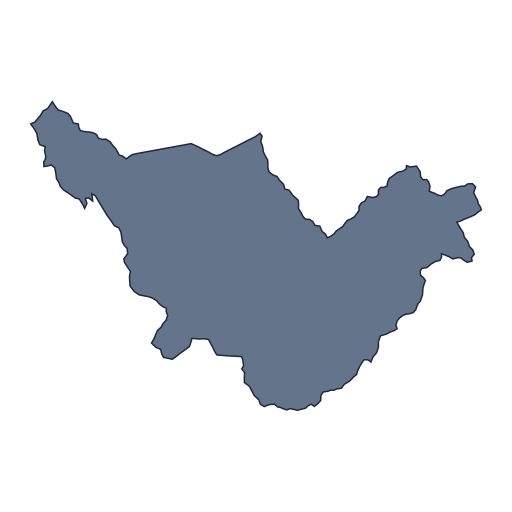 the district of Taubaté, São Paulo, Brazil
{"feature_id": "56859067B10359153481242", "entity_name": "Taubaté", "entity_type": "district", "adm_level": 2, "iso_a3": "BRA", "parent_name": "Brazil", "parent_adm1": "São Paulo", "projection": "mercator", "projection_center": [-45.499, -23.087], "detail": "fine", "context": "isolated", "style": "filled", "palette": "slate", "viewbox_px": 512, "rotation_deg": 0, "n_neighbors": 0, "source": "geoboundaries", "source_scale": "gbopen_adm2", "svg_char_len": 4014}
<svg xmlns="http://www.w3.org/2000/svg" viewBox="0 0 512 512"><path d="M151.5,343.1L155.9,347.3L160.6,349.3L161.7,353.8L163.5,357.4L167.8,358.2L172.2,359.3L177.2,355.7L180.5,353.0L184.3,350.4L189.3,346.7L191.0,341.9L192.0,338.3L198.4,339.0L204.8,338.8L208.5,339.4L210.8,343.9L212.8,347.4L214.5,351.2L216.9,355.0L227.1,355.8L241.5,356.6L242.8,359.9L243.6,365.7L241.8,368.9L244.6,372.6L244.3,377.3L244.4,382.5L249.4,386.3L252.0,391.4L254.3,395.6L258.7,399.6L260.5,404.4L264.3,406.6L267.6,405.2L270.8,404.4L274.5,404.2L277.6,406.9L280.7,407.6L283.9,409.0L287.0,409.9L290.1,408.6L293.8,409.4L297.4,410.3L302.2,409.0L305.6,408.2L308.0,405.9L311.1,404.2L314.4,406.4L318.0,403.5L320.7,400.5L320.9,395.3L323.3,391.9L327.8,391.3L330.7,390.2L333.8,390.2L337.2,388.8L341.4,388.3L344.2,384.4L349.5,381.2L353.8,376.8L356.6,374.5L357.6,371.0L359.7,366.4L361.8,363.0L363.9,359.8L367.7,359.8L371.0,362.0L372.8,357.2L376.6,352.7L378.4,347.3L378.4,341.8L380.4,335.9L386.0,334.2L391.1,331.7L394.0,330.7L397.1,328.7L395.9,325.2L397.2,320.8L399.4,318.2L402.0,316.0L405.4,314.3L408.6,313.9L413.1,312.7L415.7,309.9L416.9,306.2L418.3,303.4L420.4,301.1L422.5,294.8L423.0,287.5L424.1,284.1L425.4,280.5L423.2,277.4L420.6,275.4L420.1,271.2L421.9,268.3L426.9,267.6L430.7,264.3L435.6,261.4L440.0,260.4L441.5,257.1L441.6,253.8L444.9,255.0L449.2,256.7L452.8,259.0L457.4,257.7L460.9,257.9L464.0,260.4L467.2,262.3L472.1,261.0L471.4,257.8L474.2,254.3L473.0,250.2L469.5,246.6L467.7,241.3L464.3,237.2L463.2,232.6L461.0,229.3L458.5,225.0L456.8,222.1L460.0,221.3L464.6,219.1L470.1,216.9L475.0,214.7L477.7,212.3L481.3,209.9L480.3,206.8L478.2,203.6L477.4,199.9L475.6,196.9L473.7,192.5L475.6,186.8L472.3,183.6L467.8,183.9L464.8,186.0L460.5,186.3L456.6,187.3L451.5,188.6L447.0,190.6L444.7,193.9L441.2,196.0L437.1,194.7L434.0,193.0L429.3,191.4L430.0,186.3L428.7,182.1L426.7,179.6L422.8,179.6L420.6,176.6L420.2,171.8L416.5,166.1L410.2,167.0L406.5,165.6L406.3,169.0L402.7,171.2L397.6,172.3L392.4,176.2L389.2,178.4L387.5,182.5L387.1,186.0L383.7,187.4L380.6,187.4L378.4,190.1L378.4,194.1L376.6,196.6L372.6,197.5L367.3,196.5L365.2,200.8L361.2,203.1L359.0,206.4L359.0,210.5L354.5,216.7L351.1,218.9L347.4,220.3L345.1,223.1L343.0,226.3L336.2,231.0L334.4,233.5L331.5,235.8L327.4,237.9L325.4,234.0L322.2,231.5L319.8,226.1L314.9,225.4L312.8,221.5L309.5,219.4L305.6,219.2L303.0,216.6L301.2,212.7L298.5,208.6L298.6,204.5L298.3,200.3L292.8,195.3L289.1,190.2L284.7,189.0L283.6,184.4L279.7,180.4L276.9,176.4L273.3,175.1L269.2,172.1L267.9,167.7L267.9,163.3L267.6,159.8L265.3,156.1L263.4,151.9L262.7,147.0L260.8,141.3L262.1,136.1L260.0,133.2L255.6,136.5L250.1,139.3L246.5,141.0L241.4,143.7L233.9,147.5L228.1,150.4L223.9,152.6L220.1,154.7L216.6,155.7L212.2,154.2L208.5,152.0L205.1,150.3L201.8,148.7L197.6,146.5L191.1,143.6L185.3,144.7L135.6,153.8L132.0,154.7L129.3,156.5L126.4,158.9L122.2,155.9L119.3,155.2L117.8,152.4L115.7,148.7L112.9,145.6L110.1,141.8L105.8,139.1L101.9,139.4L98.3,138.1L96.6,134.6L92.7,132.6L89.0,132.0L84.3,131.6L80.4,130.6L78.8,127.6L78.3,123.9L73.3,123.0L70.5,116.5L67.9,113.5L63.4,111.6L58.2,109.9L55.6,106.8L52.4,101.7L47.6,108.6L43.2,110.9L40.4,115.5L37.2,119.2L34.9,122.1L30.7,123.9L34.8,129.7L37.0,134.1L37.8,139.6L39.8,144.7L45.3,146.7L44.5,150.7L45.6,155.6L45.5,158.9L43.7,162.0L44.0,166.6L47.9,165.9L51.3,165.0L54.8,167.9L56.0,174.4L56.5,178.8L58.9,182.3L60.2,186.2L63.6,190.0L68.3,193.0L70.8,194.8L75.4,198.1L79.3,199.0L81.2,202.0L83.1,205.0L84.6,208.4L86.9,203.4L85.3,198.5L88.5,197.8L92.7,201.1L92.4,197.8L91.7,193.8L95.3,195.7L98.4,201.0L105.0,211.9L107.1,215.4L109.1,218.0L112.0,222.2L114.4,225.7L118.9,227.9L120.9,232.2L121.5,235.6L122.3,241.8L124.2,245.3L127.1,248.4L127.7,253.6L123.8,259.0L124.5,262.4L128.2,268.2L130.5,271.5L129.5,275.7L129.6,279.8L130.1,286.0L134.3,291.6L139.0,294.8L144.2,295.9L149.2,296.8L152.7,298.3L156.7,300.7L159.0,303.6L162.7,306.6L166.4,308.3L166.2,311.7L167.7,315.5L166.0,320.3L163.1,323.5L161.1,327.2L157.6,330.3L155.9,334.0L154.4,337.9L151.5,343.1Z" fill="#64748b" stroke="#1e293b" stroke-width="1.5"/></svg>